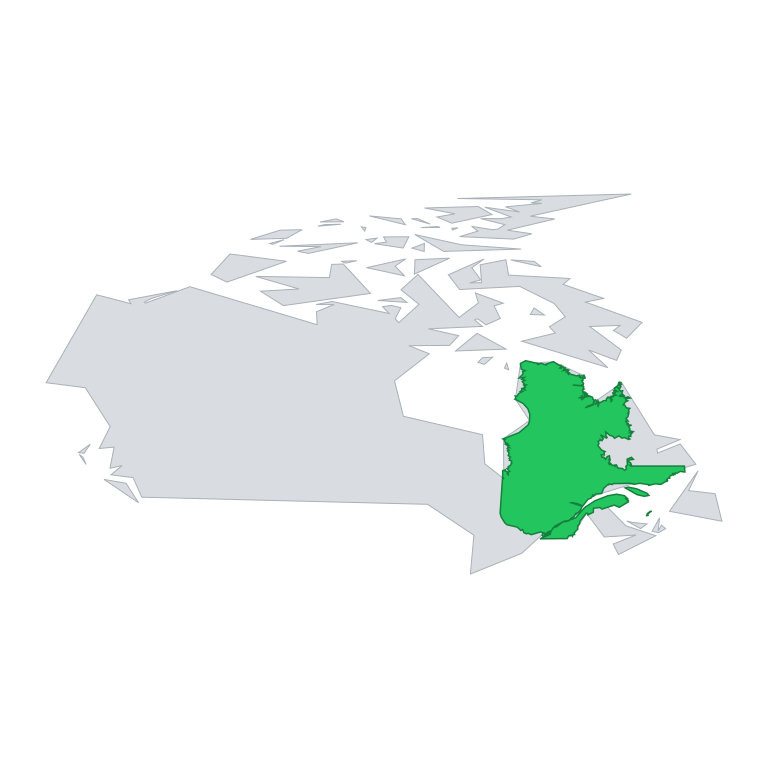 where Québec sits in Canada
{"feature_id": "CAN-683", "entity_name": "Québec", "entity_type": "Province", "adm_level": 1, "iso_a3": "CAN", "parent_name": "Canada", "parent_adm1": "", "projection": "robinson", "projection_center": [-69.443, 53.796], "detail": "fine", "context": "in_parent", "style": "filled", "palette": "green", "viewbox_px": 768, "rotation_deg": 0, "n_neighbors": 0, "source": "natural_earth", "source_scale": "10m", "svg_char_len": 9802}
<svg xmlns="http://www.w3.org/2000/svg" viewBox="0 0 768 768"><path d="M110.2,426.6L85.3,387.7L46.1,382.7L96.7,294.8L130.9,303.7L128.6,299.8L177.0,290.7L151.5,298.4L144.4,302.2L145.4,303.2L189.9,286.7L317.2,324.7L316.5,311.7L334.1,304.6L316.2,304.5L332.2,301.5L389.2,313.5L382.6,306.7L391.4,305.4L400.9,307.7L395.2,318.7L398.8,322.7L419.0,304.3L401.0,289.8L418.0,274.4L459.1,317.5L478.4,302.9L475.4,293.0L503.3,303.2L494.1,305.9L500.3,318.5L485.9,324.9L478.6,319.4L476.5,318.9L474.5,320.0L482.5,326.4L428.4,328.8L458.7,335.7L449.5,345.4L409.0,345.7L429.3,353.8L394.5,380.8L403.4,416.3L482.5,434.7L484.8,463.8L503.9,478.8L503.4,438.8L529.5,420.5L515.4,399.1L520.5,363.7L553.3,361.8L584.5,375.9L575.5,385.4L587.8,406.5L621.9,383.0L654.3,434.8L680.0,439.6L656.9,449.2L657.6,453.1L680.2,444.0L695.8,464.2L571.6,502.7L581.9,506.4L569.4,520.0L561.5,522.5L543.6,533.2L521.7,553.3L470.4,574.0L473.9,535.2L427.6,504.3L141.8,497.2L133.1,477.6L110.9,474.8L122.2,465.5L110.0,468.3L114.1,447.1L99.2,448.5L110.2,426.6ZM469.7,282.9L481.6,282.7L480.2,264.8L505.9,259.7L508.6,275.1L570.0,278.5L563.2,284.4L603.6,298.4L585.5,302.1L642.1,322.4L626.6,338.2L613.5,330.5L620.1,325.4L589.6,326.5L621.3,350.0L616.6,360.4L588.6,350.0L607.8,367.6L521.7,341.2L555.3,333.1L549.4,326.8L565.2,316.8L554.3,303.6L519.8,286.4L459.7,289.5L448.3,274.8L484.0,259.0L471.8,267.7L480.7,279.9L469.7,282.9ZM457.4,198.5L631.3,194.0L530.2,216.2L554.8,219.0L507.3,230.2L531.8,233.8L513.7,239.1L459.6,236.6L477.9,231.1L471.6,226.4L492.5,229.7L497.9,229.1L504.9,224.7L480.6,218.6L501.8,218.6L511.2,217.0L484.9,207.2L519.5,212.0L505.6,206.8L541.7,203.4L531.0,202.8L542.0,199.8L457.4,198.5ZM255.7,276.4L329.4,277.6L331.7,264.4L343.3,264.0L370.5,293.4L283.5,305.6L260.5,291.2L299.2,289.0L255.7,276.4ZM604.3,537.0L586.4,513.1L572.7,536.0L540.1,538.7L617.0,494.2L627.7,501.7L607.4,507.2L625.9,525.8L655.8,535.7L618.5,554.5L613.2,544.0L636.0,535.0L604.3,537.0ZM230.0,254.0L286.4,261.3L227.0,282.1L211.1,274.5L230.0,254.0ZM424.5,208.0L478.2,206.5L492.0,214.5L451.8,223.2L437.0,217.0L455.0,213.8L424.5,208.0ZM414.7,234.5L461.6,244.8L521.2,249.1L443.6,251.4L414.7,234.5ZM279.5,246.2L357.8,242.8L308.4,253.4L297.5,251.2L321.0,246.6L279.5,246.2ZM698.1,470.8L688.5,490.6L715.1,493.7L721.9,521.2L669.5,511.3L698.1,470.8ZM366.6,267.7L405.7,258.9L395.1,266.1L404.4,275.8L366.6,267.7ZM455.5,351.0L477.1,333.3L506.0,349.1L455.5,351.0ZM415.1,259.7L449.6,258.2L414.3,274.1L415.1,259.7ZM302.0,229.7L286.6,238.3L250.4,239.4L280.0,230.2L302.0,229.7ZM408.9,236.8L403.1,248.0L374.4,243.7L386.5,242.1L383.5,236.9L408.9,236.8ZM369.3,215.9L401.3,218.9L405.3,224.7L369.3,215.9ZM104.0,479.4L126.1,483.3L138.5,502.7L104.0,479.4ZM510.7,259.9L534.3,261.4L541.2,266.7L510.7,259.9ZM377.8,300.5L400.9,297.6L406.9,302.4L377.8,300.5ZM424.4,243.4L424.2,251.5L412.0,248.1L424.4,243.4ZM417.3,218.5L430.2,224.1L411.4,218.7L417.3,218.5ZM534.1,307.9L544.4,315.0L530.3,314.5L534.1,307.9ZM324.6,224.6L341.1,224.2L317.8,226.2L324.6,224.6ZM356.8,260.7L345.6,263.1L341.2,261.3L356.8,260.7ZM659.6,517.8L658.1,530.9L661.5,525.1L665.6,528.7L658.7,532.6L652.1,531.3L659.6,517.8ZM336.2,218.9L343.9,221.8L320.0,222.0L336.2,218.9ZM647.8,496.0L637.5,494.7L625.4,487.8L638.8,489.6L647.8,496.0ZM492.6,357.2L484.4,364.4L478.0,362.3L482.5,357.7L492.6,357.2ZM78.4,452.7L90.2,444.2L84.1,453.2L78.4,452.7ZM420.9,227.6L437.6,226.5L440.1,227.4L420.9,227.6ZM377.1,238.1L371.7,242.4L366.0,239.6L377.1,238.1ZM626.9,521.1L633.0,522.5L647.0,523.9L640.6,528.6L626.9,521.1ZM506.7,363.1L508.7,369.8L504.4,368.1L506.7,363.1ZM284.0,239.7L273.0,244.3L269.8,243.5L284.0,239.7ZM458.1,227.9L452.5,230.0L451.8,228.2L458.1,227.9ZM365.9,227.5L364.7,231.1L361.4,226.9L365.9,227.5ZM79.3,454.5L82.9,457.1L86.1,464.5L79.3,454.5Z" fill="#d9dde1" stroke="#a8b0b8" stroke-width="1"/><path d="M502.6,476.9L504.0,479.1L502.6,476.7L502.7,470.7L505.2,469.8L505.0,470.9L507.1,471.6L507.4,474.1L508.2,474.7L508.1,472.2L509.7,471.4L507.0,468.5L508.7,467.7L508.3,466.6L510.8,465.0L511.3,463.6L512.4,463.6L511.2,463.4L511.7,461.2L509.7,460.3L510.3,460.0L509.1,458.4L510.5,457.0L508.2,455.6L509.1,453.1L507.5,450.7L509.0,450.1L507.2,448.6L508.1,447.3L509.3,447.5L507.6,446.0L508.8,445.4L506.4,444.7L508.4,443.8L505.7,443.6L506.5,443.0L505.2,442.5L504.2,439.9L504.9,439.6L503.0,438.9L519.0,432.7L528.1,425.0L529.5,421.3L529.8,414.3L527.9,408.8L523.1,403.4L514.9,399.2L515.8,398.5L515.2,396.0L517.0,396.3L518.8,393.5L522.2,391.6L520.4,391.4L521.9,390.1L521.6,388.5L523.2,388.7L524.1,389.8L525.0,389.9L523.4,388.1L525.3,387.6L524.4,386.4L526.2,385.0L522.9,385.0L524.6,384.3L522.3,381.7L524.8,380.3L521.8,379.4L524.3,377.5L519.1,378.0L523.1,374.0L522.6,371.6L525.0,370.8L521.2,369.1L520.4,363.5L525.6,360.7L539.3,363.8L537.0,364.8L541.3,363.3L546.9,365.3L545.5,364.3L553.5,361.7L558.8,365.2L561.1,365.3L561.3,366.6L559.8,368.0L561.3,368.2L561.3,366.9L564.0,367.5L564.7,368.3L564.1,368.8L565.7,369.5L565.1,370.2L563.9,370.1L563.4,370.5L565.8,370.2L566.0,369.2L568.8,370.1L566.5,371.9L568.8,372.0L567.0,372.6L568.1,372.8L567.7,373.2L568.8,374.5L569.4,373.8L576.5,375.9L579.4,375.1L579.4,377.1L581.1,377.8L583.0,377.1L583.1,375.4L584.0,375.2L585.2,377.9L582.6,379.0L583.0,380.2L581.8,380.6L583.5,383.4L583.3,384.9L581.8,384.9L581.8,385.7L572.7,385.0L582.5,385.9L583.8,387.0L583.1,388.6L584.1,389.1L582.4,390.4L583.3,391.7L582.3,392.4L584.8,392.0L586.3,393.2L583.9,393.9L585.5,394.6L584.2,394.8L584.6,396.6L583.0,397.6L581.5,395.0L582.0,397.3L578.5,397.8L581.0,397.8L581.9,399.6L585.2,396.9L589.8,396.3L592.6,397.3L593.1,399.5L594.3,400.1L593.0,404.3L588.3,405.9L585.3,407.8L592.6,405.1L593.4,404.3L594.4,400.6L595.7,399.8L596.8,402.4L594.8,404.7L596.8,403.2L597.7,400.9L598.5,403.2L597.8,405.9L598.0,406.2L599.1,403.2L603.8,400.6L606.3,400.6L606.4,398.8L608.0,397.0L611.4,399.3L610.7,402.2L612.3,399.7L610.1,397.8L612.5,396.9L611.1,396.4L616.1,395.1L613.0,394.0L612.8,392.9L614.7,393.0L614.2,391.8L615.7,392.8L614.1,390.7L618.5,391.8L615.3,390.4L614.2,388.3L615.8,387.1L617.7,387.9L618.4,387.9L616.5,386.8L619.1,383.6L618.5,383.1L619.2,382.1L621.7,382.7L619.3,383.1L621.2,384.5L618.9,385.1L620.9,386.4L619.1,389.6L620.7,391.1L623.3,390.5L622.2,391.3L622.0,393.6L623.9,395.5L620.4,394.9L619.5,396.2L623.8,396.7L625.0,398.0L628.0,396.8L630.2,398.0L625.8,398.9L625.7,400.0L627.7,400.8L625.2,402.1L623.2,404.8L624.8,405.1L626.2,407.8L629.8,408.4L628.5,409.9L629.0,411.6L627.8,413.0L628.8,413.2L627.9,416.7L626.0,418.4L628.1,421.1L625.8,421.2L626.5,422.8L628.2,423.3L627.2,424.7L631.6,425.2L628.6,426.3L630.0,429.2L629.3,430.8L632.8,431.5L630.2,432.7L632.2,432.9L630.8,434.2L630.8,436.4L629.1,436.0L628.5,437.6L629.9,439.0L628.6,439.5L624.6,437.6L621.7,438.1L619.0,435.8L614.5,438.3L613.0,436.3L609.9,435.4L605.7,432.0L606.1,436.0L607.1,437.4L606.4,438.1L600.5,434.8L603.3,438.7L601.9,440.7L600.1,439.5L600.0,440.6L598.1,441.3L599.0,443.7L597.7,445.3L601.6,450.1L605.1,451.6L604.1,452.3L604.3,455.0L601.2,454.8L601.9,457.2L603.8,457.1L605.4,459.3L607.3,456.5L609.4,455.8L610.1,459.9L609.1,459.5L609.6,462.4L608.6,462.7L609.5,464.6L610.3,464.5L610.1,463.0L612.6,465.5L615.3,465.0L615.2,466.2L616.5,465.1L617.9,468.0L622.5,468.5L624.5,470.3L626.5,468.8L625.8,466.4L627.4,464.8L627.1,459.2L631.5,457.3L633.4,459.4L629.5,459.9L627.9,461.3L630.6,462.8L631.6,465.6L630.1,465.4L630.8,466.1L684.4,466.1L684.9,472.0L680.1,471.4L677.3,473.1L672.6,473.5L672.7,474.8L669.6,476.2L669.8,478.8L669.1,477.5L666.5,479.8L666.5,481.0L660.9,484.4L655.4,483.8L648.0,485.5L649.1,484.7L639.8,483.3L634.0,484.3L630.8,483.3L613.2,483.6L612.2,484.6L609.0,483.8L608.4,484.5L609.3,485.0L607.7,484.7L603.7,488.3L601.7,493.5L596.1,493.9L593.4,496.3L592.9,496.4L593.5,495.8L593.3,495.1L592.9,494.9L591.3,497.9L587.9,499.4L582.8,505.9L577.0,503.5L571.9,502.6L571.2,502.8L582.3,506.2L580.6,509.8L578.1,512.7L576.0,513.3L573.8,516.9L572.0,517.7L568.8,520.6L564.3,521.1L554.8,526.1L554.6,527.2L553.4,527.6L551.2,530.8L548.3,531.7L546.4,533.6L543.0,532.9L546.5,535.1L544.9,535.4L543.2,536.5L542.1,535.5L542.9,532.8L540.8,531.9L531.2,534.7L528.2,533.3L526.4,533.8L523.9,532.7L522.6,529.5L520.9,530.5L517.2,527.1L507.0,524.8L504.8,522.8L501.2,517.0L500.1,513.2L502.6,476.9ZM567.2,538.6L540.0,538.8L550.3,534.3L550.9,531.4L553.4,527.8L557.0,526.5L561.6,522.8L564.4,521.4L565.6,521.7L569.1,520.6L570.3,519.6L571.9,519.3L575.6,517.8L584.7,507.5L594.9,500.8L608.0,495.7L616.6,494.2L624.5,495.7L628.4,499.4L625.0,498.2L628.3,500.7L627.4,501.5L628.2,502.0L619.2,507.3L614.1,505.1L602.0,509.1L599.9,507.5L593.5,508.2L593.3,512.3L587.9,514.9L587.9,513.5L586.3,513.2L580.0,521.0L579.4,524.0L577.6,526.1L577.8,529.1L574.2,532.8L574.6,534.5L573.1,534.4L572.4,536.3L571.6,535.1L568.7,535.8L567.2,538.6ZM637.0,494.6L625.2,487.9L628.3,487.1L636.6,488.8L647.0,493.3L648.9,495.4L644.1,496.3L637.0,494.6ZM550.5,531.4L549.7,534.1L546.4,534.1L548.8,533.0L550.5,531.4ZM587.3,394.3L586.4,395.9L585.3,395.9L585.9,394.9L585.4,394.2L587.3,394.3ZM649.5,512.2L648.9,512.9L647.9,513.5L648.6,513.4L649.5,512.3L650.1,512.0L647.1,514.9L648.6,515.4L646.8,515.6L647.4,513.6L650.3,511.3L651.8,511.2L649.5,512.2ZM572.6,517.6L572.7,518.6L570.6,519.2L572.6,517.6ZM547.4,533.0L548.4,531.8L549.9,531.5L548.6,532.9L547.4,533.0ZM598.5,401.5L599.3,402.6L598.5,402.6L598.5,401.5ZM545.1,535.6L546.8,535.3L544.8,536.0L545.1,535.6ZM673.3,474.8L674.3,474.6L672.7,475.4L673.3,474.8ZM674.4,473.7L673.8,474.1L673.1,473.9L673.8,473.5L674.4,473.7ZM581.1,375.9L580.7,376.7L580.4,376.0L581.1,375.9ZM587.6,395.5L588.3,395.7L587.1,396.0L587.6,395.5ZM667.2,481.1L666.9,479.9L667.2,480.0L667.6,480.7L667.2,481.1ZM564.8,367.4L565.8,367.6L564.8,367.4ZM546.9,534.5L547.4,534.8L546.3,534.5L546.9,534.5ZM576.5,513.7L577.3,513.4L576.4,514.0L576.5,513.7ZM568.7,373.1L569.5,372.8L569.5,373.1L568.7,373.1ZM674.5,473.9L674.8,474.3L674.4,474.3L674.5,473.9ZM562.3,366.0L562.9,366.1L563.3,366.2L562.3,366.0Z" fill="#22c55e" stroke="#15803d" stroke-width="1.5"/></svg>